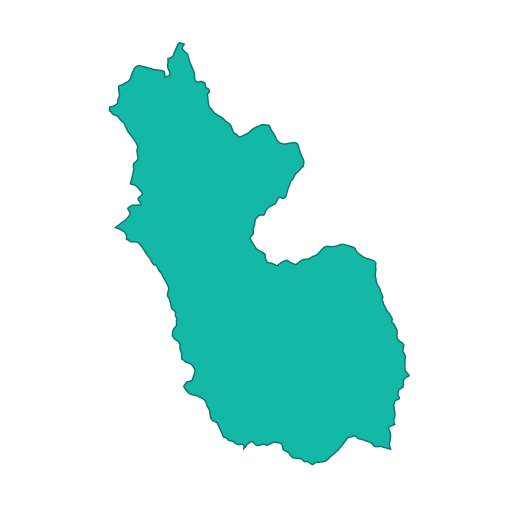 the district of Sa Pa, Lào Cai, Vietnam, rotated 13°
{"feature_id": "81297802B16025441122040", "entity_name": "Sa Pa", "entity_type": "district", "adm_level": 2, "iso_a3": "VNM", "parent_name": "Vietnam", "parent_adm1": "Lào Cai", "projection": "orthographic", "projection_center": [103.926, 22.315], "detail": "fine", "context": "isolated", "style": "filled", "palette": "teal", "viewbox_px": 512, "rotation_deg": 13, "n_neighbors": 0, "source": "geoboundaries", "source_scale": "gbopen_adm2", "svg_char_len": 6088}
<svg xmlns="http://www.w3.org/2000/svg" viewBox="0 0 512 512"><g transform="rotate(13 256 256)"><path d="M374.4,236.0L371.6,234.1L367.9,233.6L363.0,233.4L361.9,233.2L355.6,230.7L353.5,229.4L351.6,227.6L350.6,226.2L348.6,225.6L344.5,225.2L339.8,225.0L337.6,225.1L335.5,226.0L332.0,228.5L327.6,229.9L322.6,230.7L321.3,231.4L320.0,232.8L315.4,240.6L314.1,242.2L311.6,243.6L307.9,247.1L303.1,248.7L300.6,250.8L297.4,254.8L296.3,255.4L294.1,255.3L290.9,254.5L287.5,253.3L286.6,253.3L283.6,255.3L281.0,257.9L279.3,260.2L278.7,260.6L278.2,260.7L273.6,259.5L272.0,259.5L270.0,259.9L268.9,259.9L267.9,259.0L265.5,256.1L265.1,255.3L264.8,253.1L264.4,252.4L262.6,251.3L259.9,250.7L256.6,249.7L254.8,248.8L252.8,247.1L246.8,241.1L246.3,239.9L246.6,238.4L248.2,235.1L248.0,233.5L247.3,230.5L247.3,228.5L247.6,226.7L247.1,221.5L247.3,220.0L248.4,217.9L249.5,216.3L250.7,215.2L252.4,214.7L253.5,214.7L254.5,214.2L254.9,212.9L255.3,210.2L255.8,208.4L257.9,205.1L259.3,203.7L262.2,201.6L263.1,200.6L264.5,194.8L265.0,194.0L265.8,193.4L266.4,193.3L268.1,193.8L269.1,193.8L270.3,193.5L271.2,192.5L271.7,190.7L272.1,182.5L272.8,178.9L272.8,176.7L273.1,175.2L274.7,172.5L276.0,167.2L278.6,163.6L280.7,159.3L281.7,158.5L281.8,156.3L281.5,153.7L280.5,151.5L278.0,148.4L275.7,145.1L271.5,137.7L270.5,137.1L268.2,136.7L263.4,138.5L258.9,140.5L257.1,140.7L253.9,140.5L252.1,139.8L250.1,138.2L246.2,133.4L242.5,129.9L241.0,127.6L239.6,126.1L238.9,125.8L232.6,126.5L225.1,132.1L223.7,133.7L220.5,138.3L214.0,143.5L212.8,143.8L211.8,143.4L209.9,142.1L208.5,141.4L206.5,141.1L202.2,134.6L200.0,133.1L196.2,131.5L192.8,129.3L191.3,128.7L184.5,126.6L181.6,124.8L179.8,122.9L177.0,121.5L176.5,120.9L172.4,110.1L172.4,108.9L173.4,107.5L173.6,106.8L173.5,106.0L172.9,104.8L171.8,103.9L170.0,103.4L168.9,102.7L167.4,99.0L166.7,98.6L163.1,98.3L160.1,99.8L159.4,99.8L157.8,99.1L156.9,98.0L156.1,96.3L155.2,92.9L154.2,90.7L147.2,80.9L145.4,77.3L144.0,74.9L139.6,72.3L137.7,70.8L137.3,69.8L137.5,68.5L138.5,65.8L138.2,65.7L133.6,65.4L132.9,65.8L132.1,68.5L130.6,76.4L130.5,78.2L130.1,79.6L128.5,82.0L126.0,83.5L125.8,83.7L126.8,86.9L126.9,89.7L127.2,91.2L128.0,92.9L130.9,96.6L131.2,97.6L131.0,99.4L130.5,100.0L128.3,101.3L127.1,102.3L125.3,97.2L124.5,96.8L123.0,96.6L120.8,96.6L114.9,97.3L107.3,96.9L100.2,96.7L99.3,96.8L97.9,97.5L96.5,98.7L95.2,100.7L94.1,106.6L93.8,110.8L93.1,113.2L91.7,115.2L89.1,117.2L88.2,118.4L87.2,119.3L84.6,120.7L84.3,121.3L84.1,121.7L84.3,123.2L85.0,125.3L86.4,128.8L86.9,130.5L86.8,132.1L86.2,135.4L86.3,136.4L86.9,137.9L86.6,138.9L83.6,142.1L82.9,142.5L80.5,143.3L80.2,143.7L79.9,144.5L80.6,147.5L81.8,147.7L83.7,149.5L85.2,150.3L89.5,150.8L91.1,151.9L92.9,153.7L97.0,155.8L98.3,157.0L101.4,161.5L103.6,163.9L111.5,170.4L114.9,174.0L116.0,175.8L116.3,177.5L116.3,180.5L118.7,186.1L119.0,187.8L118.9,188.8L117.7,191.2L116.2,193.0L116.0,194.5L116.3,196.4L117.0,197.8L117.6,199.7L117.5,210.2L117.3,213.6L117.9,214.2L121.2,214.0L122.7,214.4L125.0,215.6L130.1,219.4L130.9,220.1L131.5,221.4L131.4,221.8L128.5,225.6L128.2,226.4L128.3,227.0L128.9,227.9L132.2,231.0L132.4,232.0L132.2,232.3L124.2,234.3L123.3,234.9L120.5,238.0L120.4,238.4L120.5,238.8L122.6,241.1L123.8,242.2L124.0,242.7L124.0,243.8L121.4,249.7L118.0,253.3L112.7,260.0L114.8,260.1L118.9,260.9L122.8,262.4L124.1,263.6L125.5,265.6L125.8,266.8L126.0,268.9L128.1,269.2L130.6,270.3L135.2,269.3L137.4,269.2L139.2,270.0L142.8,272.7L150.4,280.1L152.8,281.8L157.1,286.7L158.7,287.4L160.6,287.6L161.5,288.1L163.1,289.8L164.8,292.2L168.2,294.4L169.4,296.2L176.5,304.2L178.1,306.6L178.5,307.7L178.3,310.4L178.4,313.5L178.8,314.9L180.4,316.4L182.5,319.4L185.2,325.2L185.8,326.1L189.8,328.4L190.4,329.5L190.6,331.5L191.3,333.0L193.1,334.4L193.2,335.4L193.0,336.8L194.1,341.1L193.9,342.2L192.2,345.6L191.9,347.8L192.2,352.0L192.9,353.0L194.6,354.6L196.7,355.8L198.9,356.3L201.6,358.8L202.3,360.9L202.5,362.7L205.4,367.8L206.0,369.5L206.3,371.7L206.9,373.1L209.5,374.0L211.3,375.1L216.7,375.9L218.6,376.9L222.4,380.8L222.6,382.7L221.8,390.8L221.6,391.5L219.8,392.9L216.8,394.4L215.1,398.3L215.0,399.1L215.4,400.0L217.9,402.3L220.5,404.2L222.7,405.3L224.9,405.5L230.4,405.5L236.5,407.0L238.2,407.8L239.7,409.2L242.6,413.7L244.9,416.2L245.9,417.8L247.7,422.9L249.0,424.9L250.8,426.2L254.7,426.9L255.9,427.6L264.1,438.2L264.6,439.2L265.4,439.7L267.4,439.8L268.7,440.3L270.9,441.9L274.8,441.6L278.0,443.1L280.3,443.7L281.9,443.5L284.2,442.5L285.5,442.5L286.6,442.9L287.2,443.8L287.5,446.3L288.7,444.3L289.5,442.0L292.6,438.1L293.2,437.8L295.0,438.0L298.6,440.2L299.9,440.3L301.8,439.8L305.3,437.6L306.1,437.5L308.9,438.1L309.3,438.0L315.4,433.2L321.5,432.9L322.7,433.2L323.7,433.9L324.4,434.9L325.4,437.8L326.6,438.7L332.2,440.3L334.5,442.7L336.1,443.8L338.1,444.3L345.0,443.5L346.7,443.8L349.5,445.5L352.5,444.6L357.7,446.6L358.6,446.0L360.5,443.9L367.3,441.5L369.6,440.4L370.2,439.8L372.2,437.4L373.2,435.5L377.7,429.4L379.6,426.5L382.3,421.5L385.9,413.2L386.4,412.4L392.6,409.0L393.7,409.1L396.2,410.8L396.7,410.9L401.2,410.9L404.7,411.5L407.5,411.6L409.5,411.9L411.2,412.6L413.3,414.4L414.4,414.9L415.5,414.9L420.2,413.5L421.1,413.5L430.6,414.0L429.6,412.0L428.8,411.0L428.2,409.2L428.2,405.6L427.5,400.5L426.3,397.5L424.1,394.5L423.8,393.6L424.1,392.5L424.6,392.1L429.1,388.9L427.8,387.1L427.5,386.2L427.2,384.4L427.4,382.4L427.2,379.8L426.8,378.1L423.8,370.7L423.6,369.6L424.2,365.5L427.6,363.1L427.7,362.2L427.6,361.8L425.8,360.1L425.0,357.4L424.9,355.8L425.4,353.9L425.8,353.3L428.2,351.4L428.7,350.6L428.7,348.0L428.0,346.2L427.8,344.9L428.0,342.5L428.9,341.1L431.9,338.6L432.1,338.1L431.2,337.2L427.3,334.2L426.7,333.4L425.5,328.9L423.9,319.9L423.4,319.0L420.9,316.4L420.3,315.2L420.1,309.5L419.2,308.5L418.3,307.9L415.2,306.8L412.3,304.8L411.5,303.1L411.1,301.9L411.1,300.4L410.1,296.5L405.3,290.9L403.7,290.4L403.1,289.9L403.0,287.0L402.4,286.0L399.0,282.3L396.0,279.9L391.6,274.9L390.2,272.5L388.5,269.9L388.5,268.9L388.9,267.9L388.4,266.7L385.0,262.2L384.4,261.2L384.3,260.4L383.5,259.3L381.2,257.3L380.4,256.3L379.6,255.0L376.5,248.0L375.7,241.6L374.5,238.4L374.6,236.6L374.4,236.0Z" fill="#14b8a6" stroke="#0f766e" stroke-width="1.5"/></g></svg>